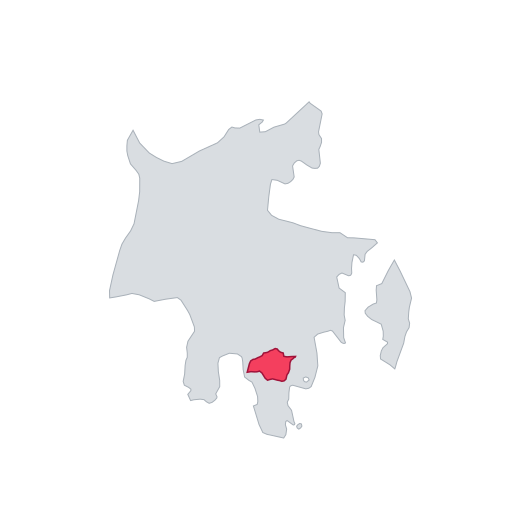 where Şəmkir sits in Azerbaijan, rotated 231°
{"feature_id": "AZE-1685", "entity_name": "Şəmkir", "entity_type": "District", "adm_level": 1, "iso_a3": "AZE", "parent_name": "Azerbaijan", "parent_adm1": "", "projection": "orthographic", "projection_center": [46.049, 40.847], "detail": "fine", "context": "in_parent", "style": "filled", "palette": "rose", "viewbox_px": 512, "rotation_deg": 231, "n_neighbors": 0, "source": "natural_earth", "source_scale": "10m", "svg_char_len": 4068}
<svg xmlns="http://www.w3.org/2000/svg" viewBox="0 0 512 512"><g transform="rotate(231 256 256)"><path d="M342.4,394.3L340.6,394.2L327.6,397.8L324.8,396.8L313.2,382.8L310.8,381.3L306.0,380.8L303.1,378.5L300.7,374.7L299.3,371.9L287.6,364.4L285.8,361.6L285.5,359.1L287.1,356.8L289.1,354.9L294.7,352.8L301.2,351.0L303.3,349.7L304.3,347.6L304.2,344.3L303.0,341.1L293.4,335.4L292.3,332.9L292.0,329.7L292.4,326.5L293.8,323.9L301.4,320.2L305.4,316.5L302.8,312.5L294.3,303.5L284.3,293.7L277.8,293.7L270.3,296.8L258.4,305.7L251.8,309.5L243.2,315.7L233.8,322.6L226.1,329.9L221.3,335.9L212.6,338.6L208.3,343.7L193.8,358.7L189.8,358.6L189.5,351.2L189.6,345.3L188.7,341.9L184.0,337.2L183.9,335.2L185.2,334.0L188.8,334.7L193.4,334.4L195.6,332.6L190.6,326.5L186.2,322.4L182.5,319.7L181.6,318.0L181.6,316.9L182.4,315.5L188.7,312.1L189.4,309.0L188.9,305.5L178.8,300.4L171.3,302.3L164.5,296.6L160.2,292.2L154.7,287.4L149.9,284.8L145.3,278.9L137.3,272.7L132.2,270.9L132.2,270.0L133.2,268.8L135.3,267.9L149.6,268.2L151.4,267.1L152.3,264.5L154.2,260.6L156.5,254.8L156.3,250.0L142.1,242.2L131.7,234.9L124.6,225.4L119.8,216.7L120.0,213.8L121.4,211.1L132.5,203.2L133.3,201.1L133.0,199.7L129.1,195.6L124.2,191.4L122.7,188.3L119.6,186.7L113.7,186.5L103.4,181.3L101.2,180.7L100.7,179.7L101.2,178.6L108.6,176.6L108.6,174.9L106.3,172.6L102.2,170.9L98.4,166.8L97.1,163.0L110.5,152.3L114.5,150.2L123.1,152.3L141.1,159.6L139.9,163.5L141.7,165.8L145.8,168.8L153.8,171.9L160.5,173.5L163.9,172.2L169.1,171.0L175.9,174.6L182.1,179.1L185.2,180.9L186.9,181.4L191.6,179.9L197.2,174.1L199.4,167.0L200.0,163.6L196.7,159.0L189.9,154.0L182.2,149.5L177.3,145.6L174.2,137.9L171.1,137.1L170.3,136.1L169.8,133.4L169.9,129.7L171.0,126.9L174.0,125.7L177.1,125.2L179.9,122.5L183.4,117.2L184.8,114.2L191.4,115.9L192.3,120.6L193.5,121.6L196.2,121.0L200.7,119.0L204.4,120.5L209.1,126.2L215.6,132.1L219.1,136.0L220.5,138.8L223.8,141.5L228.7,144.6L232.6,149.5L236.2,160.9L239.7,163.5L252.2,167.7L256.6,168.5L268.9,169.9L273.2,168.7L279.3,158.6L284.8,148.3L290.0,146.0L299.4,140.8L305.0,136.0L307.3,130.9L312.4,121.3L315.5,115.9L321.3,120.4L331.4,133.0L346.0,153.5L349.6,159.3L352.1,166.0L354.4,174.3L357.8,181.5L372.8,199.5L379.2,206.1L389.6,214.6L393.3,216.4L398.0,216.7L406.6,216.4L414.7,219.5L418.8,221.7L423.0,225.1L426.9,228.9L431.1,239.6L417.0,236.7L403.1,237.9L395.3,240.6L387.7,244.1L380.6,248.9L376.3,257.8L373.2,278.2L368.2,297.3L368.7,306.1L371.5,314.4L371.4,318.4L368.8,320.2L365.6,323.9L361.8,341.5L359.8,345.0L357.0,347.3L356.2,345.2L356.2,340.7L349.9,336.9L346.7,341.5L344.8,351.1L340.5,361.3L340.3,363.3L342.4,394.3ZM130.7,218.6L131.4,215.9L129.6,214.7L127.8,214.6L126.2,215.9L126.2,219.3L128.4,219.9L130.7,218.6ZM83.9,297.2L81.9,294.4L80.9,292.8L87.2,291.6L97.6,288.0L100.4,289.9L103.4,293.7L104.8,297.0L105.1,303.0L106.3,304.0L111.4,302.0L113.6,304.5L117.5,307.5L124.2,310.4L133.9,305.9L138.8,304.8L142.8,304.9L144.9,306.3L145.7,311.0L144.9,316.8L143.7,320.0L145.8,322.3L153.8,327.9L157.1,331.0L155.4,336.4L161.4,349.6L163.4,354.7L165.8,361.0L153.5,358.5L131.4,353.2L125.4,350.4L119.7,343.0L116.3,339.4L111.3,334.8L107.1,333.1L104.0,329.9L102.3,325.2L99.7,321.0L95.3,315.9L85.2,299.0L83.9,297.2ZM98.3,184.6L96.9,185.6L94.9,184.6L94.3,182.5L94.5,180.3L96.5,179.8L98.2,180.5L98.6,182.5L98.3,184.6Z" fill="#d9dde1" stroke="#a8b0b8" stroke-width="1"/><path d="M175.8,200.9L174.8,202.6L173.9,204.3L173.6,205.9L173.5,207.5L173.0,208.7L172.5,209.8L172.3,211.3L172.0,212.7L170.3,214.0L168.3,213.9L165.8,214.5L163.5,216.1L160.5,214.5L158.1,216.6L155.6,220.2L153.1,223.5L152.7,222.6L153.1,221.6L152.9,219.7L153.1,217.9L151.7,215.3L149.4,213.1L146.8,210.9L144.8,207.6L144.4,205.9L143.7,204.6L142.5,203.2L141.4,201.7L141.3,199.2L142.4,197.2L144.3,196.0L146.0,194.5L148.1,193.0L150.1,191.5L151.3,189.1L152.2,186.8L155.2,186.2L158.2,186.6L161.4,187.0L164.4,186.3L164.8,185.1L165.4,183.9L166.1,182.9L166.8,182.0L169.3,179.3L171.2,176.0L173.8,179.5L176.4,183.0L177.8,185.8L177.5,188.7L176.5,190.3L176.1,192.2L175.8,193.7L175.3,195.1L174.7,198.1L175.8,200.9Z" fill="#f43f5e" stroke="#9f1239" stroke-width="1.5"/></g></svg>